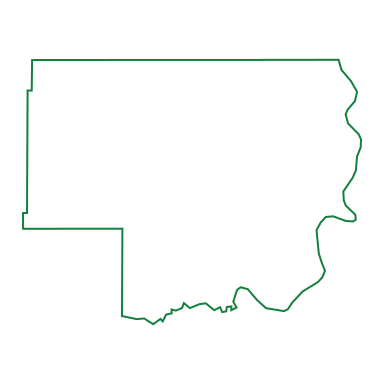 Dewey, South Dakota, United States of America (Equal Earth projection)
{"feature_id": "52423323B50673090561410", "entity_name": "Dewey", "entity_type": "district", "adm_level": 2, "iso_a3": "USA", "parent_name": "United States of America", "parent_adm1": "South Dakota", "projection": "equal_earth", "projection_center": [-100.659, 45.099], "detail": "fine", "context": "isolated", "style": "outline", "palette": "green", "viewbox_px": 384, "rotation_deg": 0, "n_neighbors": 0, "source": "geoboundaries", "source_scale": "gbopen_adm2", "svg_char_len": 977}
<svg xmlns="http://www.w3.org/2000/svg" viewBox="0 0 384 384"><path d="M361.0,139.4L358.8,134.4L348.1,123.5L345.6,114.4L347.8,109.4L354.9,101.2L357.1,91.8L350.9,81.0L341.4,69.8L338.6,59.8L265.5,59.9L32.1,60.0L31.7,90.5L27.6,90.5L27.0,213.0L23.0,213.0L23.1,228.8L122.4,228.7L122.0,316.1L136.6,319.1L144.2,318.5L153.2,324.2L160.5,318.9L162.7,321.4L166.1,314.6L171.7,313.3L171.6,309.5L175.8,310.6L182.0,308.1L183.9,303.1L189.9,308.1L199.3,304.2L205.8,303.3L214.2,310.2L220.1,307.2L222.2,312.1L226.3,311.3L226.8,307.0L231.4,306.4L231.3,310.2L236.5,307.6L233.3,301.6L237.1,289.8L240.7,287.3L247.7,289.1L257.2,300.2L266.1,308.2L284.0,311.1L287.8,309.3L292.4,302.4L302.6,291.5L318.0,282.0L322.4,277.2L325.0,270.8L321.8,262.7L318.8,253.6L316.5,230.1L320.8,222.4L325.8,217.0L333.1,216.3L346.0,221.0L353.2,221.4L355.8,219.6L355.3,214.7L345.8,205.6L343.8,200.3L343.3,191.5L352.7,177.7L355.9,170.4L357.0,156.5L360.7,147.4L361.0,139.4Z" fill="none" stroke="#15803d" stroke-width="2"/></svg>